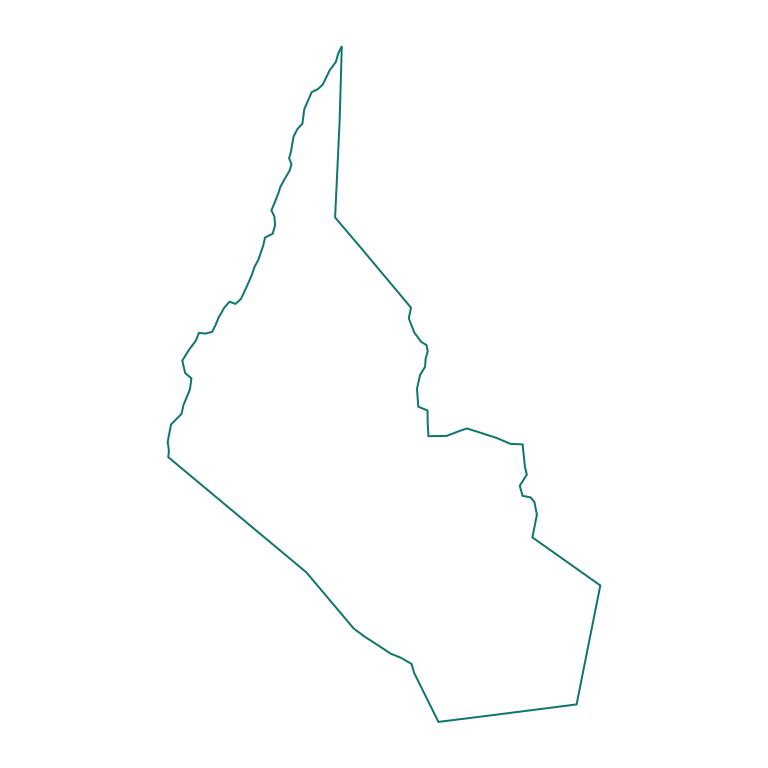 the district of Venturosa, Pernambuco, Brazil
{"feature_id": "56859067B22186050292677", "entity_name": "Venturosa", "entity_type": "district", "adm_level": 2, "iso_a3": "BRA", "parent_name": "Brazil", "parent_adm1": "Pernambuco", "projection": "robinson", "projection_center": [-36.823, -8.579], "detail": "fine", "context": "isolated", "style": "outline", "palette": "teal", "viewbox_px": 768, "rotation_deg": 0, "n_neighbors": 0, "source": "geoboundaries", "source_scale": "gbopen_adm2", "svg_char_len": 1343}
<svg xmlns="http://www.w3.org/2000/svg" viewBox="0 0 768 768"><path d="M341.8,46.1L338.4,53.1L335.8,62.0L329.6,70.4L322.8,84.5L318.0,89.0L311.7,92.2L304.3,109.1L302.4,123.7L297.3,129.2L293.6,136.5L292.1,144.9L290.9,152.0L289.1,158.2L291.5,164.3L289.7,170.4L285.0,178.5L280.5,186.5L278.4,193.1L274.5,203.1L271.4,210.3L274.4,216.6L275.1,225.2L272.6,233.8L265.0,237.6L263.2,245.7L260.7,253.0L258.3,259.9L254.5,267.0L251.8,275.0L246.1,288.0L240.9,299.0L235.4,303.9L229.6,301.7L224.5,307.3L218.9,317.0L215.3,325.6L212.2,331.8L205.6,333.6L199.0,332.9L195.7,340.9L189.4,349.2L182.3,360.6L185.1,372.9L191.4,378.4L189.9,389.5L183.5,405.0L181.5,413.9L171.1,424.4L169.0,434.8L167.7,442.1L168.9,450.7L168.3,457.2L248.6,524.2L306.4,572.4L344.9,618.1L353.7,628.5L364.4,636.5L380.8,647.1L390.5,653.6L401.2,657.9L411.6,664.0L414.1,672.8L438.4,721.9L476.2,717.2L576.6,704.4L585.1,661.6L600.3,585.5L532.4,537.4L536.9,514.7L534.4,502.0L530.5,497.4L522.5,495.8L519.8,485.7L526.8,474.6L525.0,467.3L522.6,444.4L510.6,443.9L496.4,437.9L475.0,431.0L467.0,428.5L461.0,430.4L446.6,435.9L428.4,436.2L427.7,423.3L427.5,410.5L418.3,406.7L417.0,388.8L420.1,374.8L425.1,366.8L425.6,358.8L427.7,351.3L426.5,345.1L421.3,342.0L414.3,332.5L411.6,325.6L408.8,318.3L411.0,307.7L362.9,250.2L335.1,217.5L339.6,121.7L341.8,46.1Z" fill="none" stroke="#0f766e" stroke-width="2"/></svg>